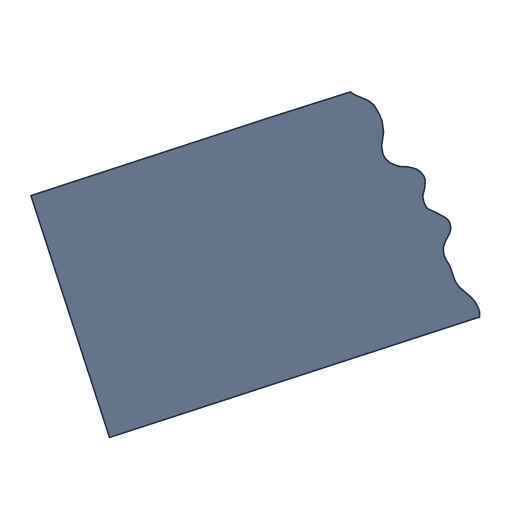 the district of Mills, Iowa, United States of America, rotated 162°
{"feature_id": "52423323B88148512368215", "entity_name": "Mills", "entity_type": "district", "adm_level": 2, "iso_a3": "USA", "parent_name": "United States of America", "parent_adm1": "Iowa", "projection": "natural_earth1", "projection_center": [-95.828, 41.031], "detail": "fine", "context": "isolated", "style": "filled", "palette": "slate", "viewbox_px": 512, "rotation_deg": 162, "n_neighbors": 0, "source": "geoboundaries", "source_scale": "gbopen_adm2", "svg_char_len": 801}
<svg xmlns="http://www.w3.org/2000/svg" viewBox="0 0 512 512"><g transform="rotate(162 256 256)"><path d="M115.4,382.9L201.0,383.5L451.4,383.0L451.4,298.5L451.4,128.7L64.3,128.9L62.6,128.5L62.3,128.8L60.6,133.7L60.6,137.7L61.7,144.5L64.2,150.3L72.2,163.5L74.3,170.1L74.7,186.5L76.4,193.9L76.9,199.2L75.9,204.0L74.7,207.1L70.6,212.1L64.8,217.7L62.2,222.0L61.4,226.7L61.8,229.9L63.7,233.7L71.3,241.7L77.6,247.4L78.6,248.9L79.2,251.0L79.7,255.1L79.0,261.2L74.3,269.0L72.4,273.7L71.5,276.9L71.7,280.3L73.2,284.6L76.2,288.8L78.9,290.8L84.8,294.3L91.2,296.5L95.5,299.5L99.7,303.2L102.2,307.5L103.2,310.1L103.8,313.3L102.6,321.7L96.2,334.8L94.4,345.3L94.8,352.3L96.4,360.2L97.4,363.3L100.1,367.6L101.9,369.8L111.3,377.9L114.8,381.7L115.4,382.9Z" fill="#64748b" stroke="#1e293b" stroke-width="1.5"/></g></svg>